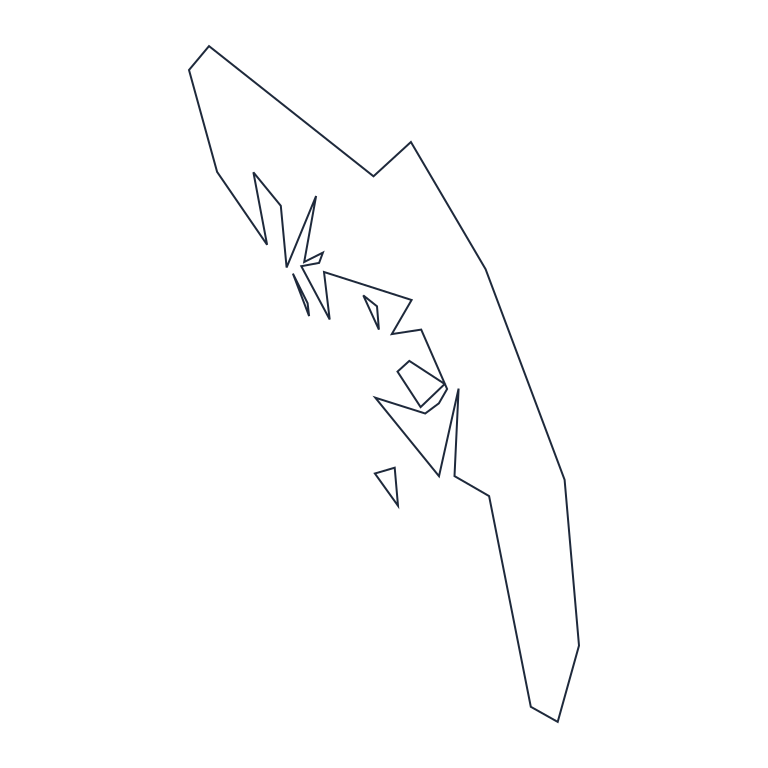 the border of Rakhine
{"feature_id": "MMR-3273", "entity_name": "Rakhine", "entity_type": "State", "adm_level": 1, "iso_a3": "MMR", "parent_name": "Myanmar", "parent_adm1": "", "projection": "robinson", "projection_center": [93.662, 19.414], "detail": "coarse", "context": "isolated", "style": "outline", "palette": "slate", "viewbox_px": 768, "rotation_deg": 0, "n_neighbors": 0, "source": "natural_earth", "source_scale": "10m", "svg_char_len": 728}
<svg xmlns="http://www.w3.org/2000/svg" viewBox="0 0 768 768"><path d="M209.0,46.1L373.5,176.3L410.9,142.0L485.6,269.2L564.6,479.8L579.0,645.6L557.7,721.9L530.8,706.8L489.1,496.1L454.5,476.1L458.6,388.6L439.0,476.2L375.3,397.7L425.2,413.5L438.9,403.3L447.1,389.0L421.2,329.6L391.8,334.1L411.6,300.0L324.0,272.0L329.7,319.5L301.3,266.2L319.1,262.9L322.9,252.6L304.2,262.0L316.1,196.0L286.6,267.5L280.8,205.8L253.4,172.3L267.1,244.8L217.1,171.9L189.0,70.0L209.0,46.1ZM444.7,384.0L420.6,407.1L397.5,371.6L409.3,360.9L444.7,384.0ZM394.7,467.7L398.0,505.8L374.9,473.5L394.7,467.7ZM377.0,306.3L378.9,329.6L363.3,295.4L377.0,306.3ZM292.9,273.6L307.6,303.2L309.1,316.1L292.9,273.6Z" fill="none" stroke="#1e293b" stroke-width="2"/></svg>